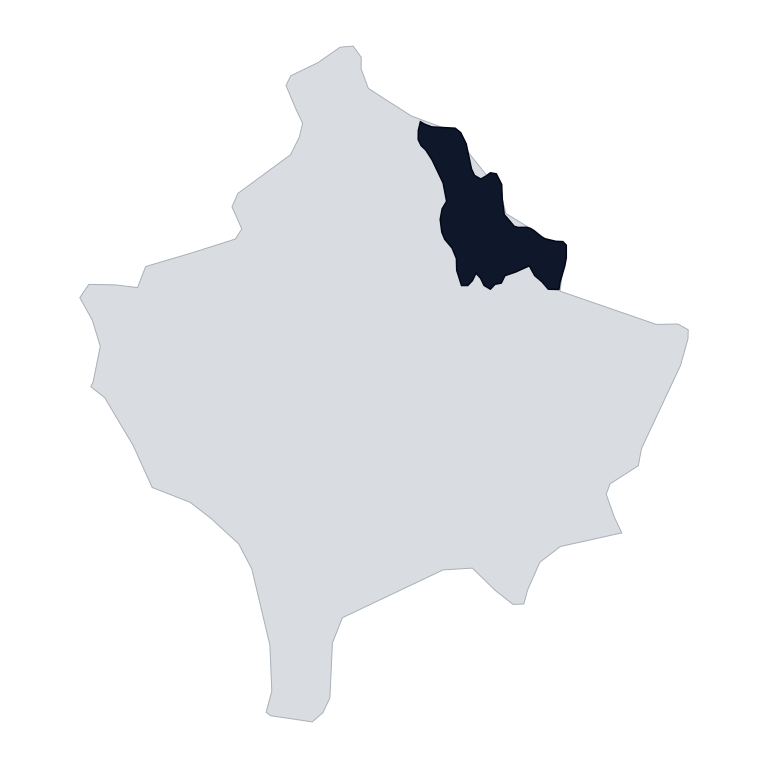 Podujevo on a map of Kosovo (Albers equal-area conic projection)
{"feature_id": "KOS-5901", "entity_name": "Podujevo", "entity_type": "District", "adm_level": 1, "iso_a3": "XKX", "parent_name": "Kosovo", "parent_adm1": "", "projection": "albers", "projection_center": [21.187, 42.93], "detail": "fine", "context": "in_parent", "style": "filled", "palette": "ink", "viewbox_px": 768, "rotation_deg": 0, "n_neighbors": 0, "source": "natural_earth", "source_scale": "10m", "svg_char_len": 1776}
<svg xmlns="http://www.w3.org/2000/svg" viewBox="0 0 768 768"><path d="M191.4,253.0L235.4,239.0L241.8,228.9L232.0,206.9L238.0,193.3L290.6,154.7L299.3,137.1L302.6,123.3L295.7,108.6L286.0,85.4L290.8,75.7L318.0,62.6L340.1,47.2L353.1,46.1L361.2,57.2L361.1,68.8L368.3,88.3L384.4,98.8L411.4,116.0L442.7,127.7L467.2,151.1L500.8,192.9L505.9,213.5L536.2,232.0L564.4,252.7L560.1,291.2L656.2,324.4L677.9,324.0L688.2,329.8L688.0,338.6L680.5,365.5L641.5,448.5L638.3,465.7L610.1,483.8L606.2,494.2L614.3,517.1L621.8,533.0L621.2,533.0L560.3,546.5L539.8,562.3L527.7,589.7L523.8,604.0L513.0,604.4L495.1,590.3L472.4,568.1L443.0,569.9L342.4,617.7L332.4,643.0L329.9,697.8L323.0,712.5L312.2,721.9L270.5,715.7L266.2,712.1L271.8,691.1L269.9,645.1L251.8,568.9L238.7,543.9L211.5,518.9L190.3,502.4L152.2,487.5L133.2,445.5L104.7,397.7L90.8,386.7L93.1,382.0L100.3,346.3L92.3,320.1L79.8,297.7L88.8,284.4L115.4,284.9L137.5,287.6L145.7,266.5L191.4,253.0Z" fill="#d9dde1" stroke="#a8b0b8" stroke-width="1"/><path d="M420.4,121.7L424.5,124.1L431.7,126.9L455.2,128.2L460.7,132.6L466.2,143.8L471.5,169.0L474.5,175.4L480.7,179.0L485.6,176.3L490.4,172.8L496.3,173.8L501.7,184.5L502.3,199.4L504.3,214.6L514.2,226.3L518.1,227.4L526.3,227.3L530.3,228.3L534.0,230.6L540.9,236.4L544.5,238.6L555.8,241.3L562.9,241.6L566.3,245.2L566.3,247.7L566.3,257.8L564.8,265.9L560.1,282.0L558.9,289.5L548.3,289.2L542.0,281.8L534.7,275.6L529.3,265.8L515.7,272.0L504.9,275.7L501.3,283.1L495.0,284.3L490.4,289.2L484.1,285.5L480.5,278.1L476.0,273.2L472.4,280.6L467.8,285.5L461.5,285.5L458.8,276.9L456.7,270.4L456.4,258.5L452.1,248.1L444.8,239.4L441.8,232.2L440.2,219.5L442.1,208.9L446.6,201.3L443.1,183.0L432.1,159.9L425.8,150.1L421.1,145.6L418.2,139.6L418.3,130.5L420.4,121.7Z" fill="#0f172a" stroke="#020617" stroke-width="1.5"/></svg>